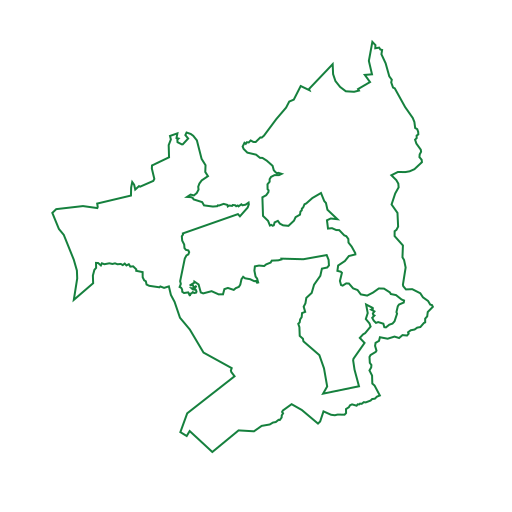 Xalpatláhuac, Guerrero, Mexico, rotated 346°
{"feature_id": "50627088B26783383987854", "entity_name": "Xalpatláhuac", "entity_type": "district", "adm_level": 2, "iso_a3": "MEX", "parent_name": "Mexico", "parent_adm1": "Guerrero", "projection": "albers", "projection_center": [-98.537, 17.429], "detail": "fine", "context": "isolated", "style": "outline", "palette": "green", "viewbox_px": 512, "rotation_deg": 346, "n_neighbors": 0, "source": "geoboundaries", "source_scale": "gbopen_adm2", "svg_char_len": 6143}
<svg xmlns="http://www.w3.org/2000/svg" viewBox="0 0 512 512"><g transform="rotate(346 256 256)"><path d="M321.2,424.4L322.8,425.0L325.2,423.9L327.0,424.6L332.2,424.0L334.1,422.9L336.8,423.2L339.4,421.7L342.4,421.3L339.7,410.4L338.0,407.9L339.7,400.1L338.4,394.5L340.8,392.0L341.6,389.7L340.6,387.2L341.7,381.4L343.2,379.8L349.0,378.0L350.0,377.0L349.8,372.0L351.0,369.2L354.8,368.1L356.6,364.8L363.7,368.1L370.9,367.7L375.0,370.2L379.0,368.2L383.3,369.7L385.3,368.3L385.1,366.8L388.2,365.5L392.1,365.7L395.1,364.5L398.3,364.7L402.7,361.6L404.1,361.3L405.0,357.7L407.5,356.0L409.1,351.9L415.3,348.1L414.9,346.2L413.3,345.3L412.1,341.3L408.0,336.5L406.4,331.9L399.6,326.0L393.4,324.7L391.6,321.0L391.6,319.4L398.4,303.4L398.7,295.7L397.8,292.7L401.1,281.3L395.3,270.2L396.5,265.5L398.6,264.6L401.0,261.9L403.7,248.4L400.0,238.8L406.2,229.0L411.0,223.9L411.6,220.2L410.5,216.3L406.9,210.4L414.0,208.8L421.2,210.7L425.6,211.0L430.7,210.1L439.7,205.1L440.0,202.7L438.5,199.6L439.4,197.0L441.4,194.8L441.6,192.7L438.8,185.7L438.5,181.6L440.4,180.5L441.0,178.0L442.9,177.3L443.4,174.8L443.1,171.9L441.4,170.3L442.1,164.3L441.5,160.0L436.7,147.5L431.2,126.9L429.7,125.7L429.2,120.3L430.4,117.8L428.8,114.0L428.4,100.4L426.5,90.6L428.2,86.6L426.6,85.7L425.9,83.6L422.0,83.3L422.9,80.3L420.7,76.4L412.7,94.0L412.5,107.8L405.4,106.6L408.7,114.8L395.4,118.7L395.9,120.4L390.9,120.4L383.0,117.9L378.5,112.3L375.4,105.5L374.8,98.2L376.8,88.4L347.8,106.8L348.0,108.1L340.5,101.9L330.5,113.4L325.6,114.2L321.1,119.3L308.9,128.0L292.8,141.2L290.2,142.5L288.9,142.0L283.3,145.3L281.0,144.7L278.8,142.6L276.4,144.1L274.6,143.4L273.2,144.7L272.2,143.4L269.5,146.6L269.9,149.1L272.6,153.6L280.6,157.7L283.6,161.7L286.0,162.4L289.5,166.1L293.9,172.5L294.0,177.1L295.3,179.5L296.3,180.7L297.8,180.7L300.7,182.5L297.8,183.1L293.5,182.0L289.7,182.9L287.8,184.8L287.2,187.2L284.5,189.2L283.4,194.0L284.1,195.3L283.5,197.0L280.6,199.5L276.4,200.6L272.5,218.8L276.2,224.8L276.9,229.8L278.4,229.5L279.5,230.7L280.7,230.5L282.2,227.9L285.7,227.2L287.0,230.4L289.7,232.8L294.8,234.6L301.4,230.9L303.8,227.9L308.7,226.5L309.9,223.6L311.4,222.8L312.0,221.1L313.5,220.3L315.6,217.5L317.4,217.2L324.7,213.4L334.3,210.6L335.5,219.2L336.7,221.5L336.5,228.4L343.9,240.0L337.6,237.7L333.5,238.5L332.5,246.8L336.5,247.4L340.2,250.3L343.0,251.0L346.6,257.3L348.4,258.6L349.7,261.8L349.0,265.4L351.1,270.0L353.0,277.2L352.8,278.5L346.1,278.5L341.0,282.4L333.4,285.1L331.4,290.1L334.5,291.8L335.3,293.1L331.4,300.5L331.5,304.7L332.9,305.7L336.9,304.4L339.5,305.2L342.4,310.9L346.3,313.6L348.4,318.6L354.3,321.3L360.7,319.8L367.3,317.2L372.3,318.6L377.1,323.7L377.6,325.5L382.4,327.8L386.7,333.4L388.9,335.0L388.1,336.9L383.0,337.7L381.4,339.1L378.7,344.4L378.9,346.1L374.6,352.9L372.1,354.6L368.7,354.9L364.8,356.7L363.3,356.1L363.2,352.5L358.6,349.7L356.2,349.9L354.6,347.2L353.8,344.1L356.5,342.4L355.5,341.5L355.5,340.0L357.5,338.4L354.8,335.9L356.6,335.5L356.7,334.6L351.1,329.7L350.6,338.4L347.3,343.7L349.8,348.9L350.1,352.2L343.2,357.3L341.0,357.9L336.9,360.6L340.3,366.6L325.7,379.3L325.0,380.8L324.1,390.1L324.4,407.3L287.8,405.8L293.5,399.8L294.8,381.5L293.5,367.5L281.4,350.3L281.5,347.6L279.1,344.1L280.9,335.5L280.6,332.0L282.3,331.0L283.5,328.2L285.5,326.4L286.9,322.5L290.2,322.1L290.0,316.7L292.5,313.9L294.7,308.8L301.1,305.3L305.4,297.9L313.6,290.8L316.9,284.2L322.3,284.4L324.5,282.8L325.5,277.3L324.8,272.2L301.2,270.6L280.0,264.7L279.9,265.5L276.6,265.6L270.2,264.3L268.6,265.9L263.8,266.6L261.5,267.7L256.6,266.0L252.4,265.8L250.9,269.8L250.6,275.9L251.6,278.1L251.7,282.2L250.6,282.2L249.8,280.2L248.2,280.0L244.7,277.1L240.0,275.0L238.5,273.1L236.3,275.0L233.8,280.0L231.9,281.8L228.6,282.3L226.2,283.5L221.0,280.2L217.3,280.5L214.7,285.2L210.5,284.2L204.4,279.4L195.7,279.5L193.6,278.0L193.4,269.7L190.0,265.9L189.6,267.0L184.5,268.6L187.6,268.7L188.2,271.8L191.0,270.5L188.6,272.7L185.7,271.7L186.6,273.1L189.4,274.2L189.7,276.0L189.1,277.0L187.1,277.0L185.9,275.8L184.2,276.8L182.9,276.6L182.3,278.8L181.4,274.9L177.2,274.5L175.8,272.9L176.2,270.6L175.7,268.7L174.4,267.6L176.3,264.9L176.3,262.1L186.3,241.2L188.7,238.6L190.7,238.1L192.1,236.1L191.7,234.2L189.5,233.1L188.5,231.0L189.1,227.5L188.1,223.2L188.8,218.9L190.4,217.5L190.5,216.4L248.6,211.0L250.0,213.6L259.6,207.0L261.5,204.2L261.7,202.4L258.3,203.7L255.1,203.5L254.3,202.3L251.1,203.6L250.5,202.6L248.8,202.9L248.2,201.8L245.8,200.9L244.9,201.6L242.3,200.6L240.6,201.1L240.6,199.5L237.2,197.6L232.2,198.1L231.3,197.6L230.4,198.3L226.1,197.6L217.8,194.3L216.8,190.7L209.2,186.0L208.6,184.3L207.2,183.2L203.4,182.0L207.4,180.6L210.4,182.2L213.7,180.6L216.3,177.7L216.7,174.8L218.6,172.0L221.6,169.5L228.7,166.9L227.1,162.2L229.0,155.7L226.7,148.6L226.6,129.5L224.2,124.2L222.2,121.8L218.5,119.4L216.7,121.6L218.6,125.6L212.0,129.9L211.1,129.8L207.4,126.6L207.8,124.1L209.2,123.3L207.4,122.3L209.4,118.0L201.6,118.7L201.6,122.3L198.1,127.3L195.5,139.2L177.0,143.0L176.1,145.9L176.0,156.6L174.5,158.3L160.3,160.7L159.4,159.9L154.9,162.3L155.0,157.4L153.8,154.3L151.4,159.4L149.3,167.1L114.6,166.7L114.3,170.1L113.6,171.1L100.2,165.7L73.5,162.2L68.8,164.9L71.3,182.1L74.6,189.0L78.3,215.5L78.7,226.8L77.1,234.5L68.6,254.5L91.4,243.0L93.0,235.5L95.8,230.4L98.0,228.8L99.1,224.0L101.1,224.6L103.2,227.6L104.7,225.8L106.9,227.3L111.9,227.6L114.8,229.0L117.4,229.0L119.6,230.5L122.9,231.0L124.5,232.6L126.8,231.6L128.0,233.8L130.6,233.2L131.5,235.9L134.3,236.3L136.6,240.0L136.2,241.4L142.1,244.2L140.9,249.2L141.6,252.5L143.0,253.9L142.9,257.2L145.2,259.1L154.7,263.0L155.8,262.4L159.1,264.7L164.1,264.4L164.0,273.2L165.9,280.8L167.3,297.5L174.0,311.3L181.7,337.0L205.3,358.9L203.9,361.1L204.0,362.7L206.1,367.5L151.2,392.0L140.0,408.6L145.2,413.9L149.3,409.8L166.2,435.6L196.9,421.0L211.6,425.6L220.4,422.2L228.6,422.8L232.2,421.7L235.0,421.9L238.3,420.4L239.4,420.9L241.8,418.9L242.4,416.9L244.2,415.2L243.6,413.6L244.7,412.4L254.7,408.4L263.2,416.5L275.6,433.6L278.2,432.1L283.9,423.1L290.4,428.2L294.0,429.6L296.8,429.6L303.5,431.4L305.4,430.2L306.3,426.3L309.5,425.2L311.1,423.6L313.3,423.2L317.4,425.6L318.8,424.5L320.1,425.0L321.2,424.4Z" fill="none" stroke="#15803d" stroke-width="2"/></g></svg>